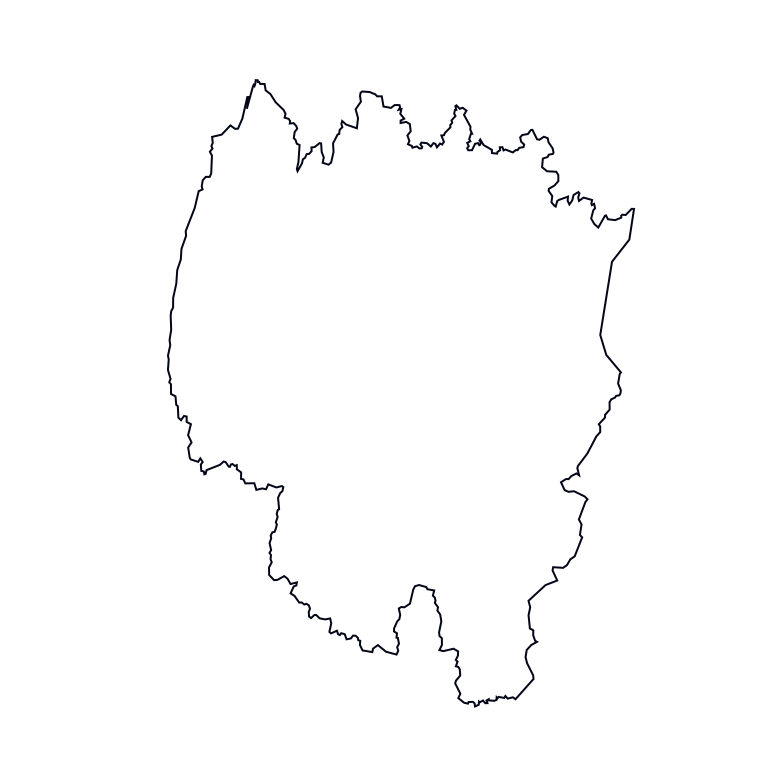 outline of Mindat, Chin, Myanmar, rotated 15°
{"feature_id": "60261553B42580025975984", "entity_name": "Mindat", "entity_type": "district", "adm_level": 2, "iso_a3": "MMR", "parent_name": "Myanmar", "parent_adm1": "Chin", "projection": "natural_earth1", "projection_center": [93.412, 21.435], "detail": "fine", "context": "isolated", "style": "outline", "palette": "ink", "viewbox_px": 768, "rotation_deg": 15, "n_neighbors": 0, "source": "geoboundaries", "source_scale": "gbopen_adm2", "svg_char_len": 6160}
<svg xmlns="http://www.w3.org/2000/svg" viewBox="0 0 768 768"><g transform="rotate(15 384 384)"><path d="M322.1,111.8L319.3,115.5L311.7,116.1L307.4,106.7L302.9,107.9L300.7,106.5L294.6,105.7L287.2,107.1L286.0,108.9L286.3,112.0L288.6,117.3L285.5,126.0L290.1,133.9L291.6,144.0L280.3,143.2L275.5,140.8L275.5,143.7L277.3,146.7L275.4,150.0L276.0,154.1L274.6,155.0L272.5,164.8L275.2,172.9L275.6,183.7L273.7,186.5L267.5,186.2L267.2,180.7L263.8,176.1L261.0,167.9L259.4,168.0L255.8,173.0L252.7,174.3L253.8,177.8L252.2,181.0L249.8,182.0L249.2,185.9L247.5,188.0L247.7,192.1L245.4,200.8L244.2,198.9L243.9,191.6L240.6,175.0L237.6,174.5L235.3,171.0L233.2,169.9L232.5,163.7L234.1,159.9L232.6,157.6L229.2,155.4L225.6,156.8L225.3,154.4L223.3,152.6L219.0,152.4L219.0,148.6L216.1,145.3L206.4,139.9L199.2,133.3L193.7,131.0L191.0,125.1L186.7,126.2L185.2,124.5L184.0,124.9L183.4,123.3L181.4,123.7L182.0,127.2L181.8,129.7L180.7,128.8L180.4,130.4L180.3,153.7L179.4,141.7L177.7,142.2L178.5,164.3L176.9,175.1L174.2,176.1L168.7,174.0L162.7,185.1L154.0,189.8L156.2,195.4L155.7,198.9L157.4,201.0L155.7,204.7L158.7,207.9L162.6,225.4L162.0,229.1L158.3,230.0L156.2,234.1L156.8,240.4L158.4,243.0L155.1,245.7L155.6,263.0L152.9,287.7L154.5,292.1L153.4,306.0L155.5,316.1L154.8,327.5L157.4,340.8L158.1,355.5L160.5,364.8L159.6,368.7L160.3,373.4L164.4,386.7L165.5,397.1L167.5,401.9L168.0,412.5L169.7,416.0L171.7,426.4L176.5,434.3L176.1,437.9L178.3,439.4L180.8,448.7L185.8,449.9L188.7,457.9L190.6,458.8L194.1,469.7L197.3,471.5L199.1,466.6L201.8,466.5L203.2,471.7L207.9,472.8L208.0,484.1L213.2,490.2L211.3,496.1L215.5,505.6L216.9,506.9L224.7,507.3L225.8,503.4L229.1,506.3L227.9,509.1L230.0,515.2L232.7,515.2L233.9,517.7L235.0,516.9L234.9,513.1L246.4,504.6L249.2,500.4L251.2,500.4L255.4,504.0L256.6,503.9L257.0,501.3L258.4,500.5L261.0,501.7L262.8,500.5L263.9,504.4L268.9,506.4L270.5,512.7L272.9,512.5L275.8,515.9L284.4,513.4L288.1,519.3L293.4,516.4L297.3,516.2L298.2,510.9L306.8,511.8L311.8,509.0L313.4,509.6L313.6,513.7L312.0,516.2L311.1,521.3L315.1,532.1L314.0,533.2L314.0,537.3L315.7,540.0L315.3,545.6L316.9,547.4L316.9,552.5L316.6,555.1L314.5,556.2L313.8,559.8L315.0,562.3L314.6,567.2L318.0,573.7L317.1,576.7L319.1,578.5L319.8,582.7L321.7,585.2L320.4,590.9L322.5,598.2L328.6,601.9L331.9,600.7L337.3,595.4L341.3,597.1L345.5,601.4L351.2,598.2L351.4,601.3L349.2,602.9L348.0,610.4L352.5,611.9L358.7,617.1L361.0,616.3L364.0,617.6L366.1,616.4L368.6,617.2L370.7,620.2L370.3,623.6L371.8,628.0L374.1,629.0L376.6,625.1L378.4,624.7L382.5,627.0L388.1,626.6L392.7,624.4L395.0,628.9L395.4,637.6L397.4,638.6L402.4,634.5L404.5,637.6L406.4,637.9L407.1,635.8L410.8,635.8L413.9,640.3L417.8,638.4L419.3,635.0L421.7,634.5L424.5,636.0L425.4,638.1L427.5,638.2L428.3,642.3L432.2,646.9L442.1,646.0L441.9,642.4L445.7,637.8L455.3,642.1L466.1,642.1L466.8,638.0L464.8,634.8L465.7,631.0L463.1,625.7L461.7,625.8L461.1,621.5L457.7,620.4L457.0,617.5L458.2,609.9L459.7,607.1L459.4,602.8L456.4,597.0L458.5,594.9L461.5,594.4L465.9,589.5L465.5,575.0L466.3,571.3L469.9,569.1L477.4,569.2L479.0,571.0L485.9,570.4L486.0,575.8L488.3,577.1L489.9,580.0L489.7,582.2L494.0,585.7L494.2,589.0L497.9,592.1L500.8,598.4L501.5,609.8L502.9,613.1L505.7,614.6L507.5,621.1L506.4,626.7L510.4,626.7L519.7,621.7L524.8,623.1L525.7,627.3L524.8,632.0L526.9,633.1L526.5,638.1L529.0,638.0L531.1,640.1L533.1,645.9L530.3,651.9L530.2,654.7L537.9,663.4L537.1,668.2L544.0,671.2L547.8,671.0L548.0,669.4L552.2,668.0L554.2,669.1L555.4,671.9L558.5,669.3L558.0,666.2L558.9,666.7L561.5,664.1L564.4,666.1L566.5,665.5L564.9,663.1L566.7,661.4L567.0,662.5L572.5,661.5L574.4,660.1L573.9,657.5L575.0,658.2L575.6,656.6L581.4,656.1L582.0,653.9L584.9,655.9L589.5,653.3L592.6,654.4L604.8,630.2L603.4,626.7L594.4,616.6L591.4,611.1L590.7,604.0L593.8,598.0L598.5,593.5L596.4,592.9L593.1,588.0L592.0,583.3L588.2,582.4L583.5,570.0L583.0,561.8L579.7,556.0L592.1,536.4L602.2,529.0L595.1,520.5L594.8,517.2L604.6,515.2L607.6,511.6L609.4,505.1L612.8,501.1L615.1,480.8L612.3,479.1L611.2,468.6L607.3,464.4L609.1,445.8L610.4,442.7L607.0,440.7L595.3,438.4L590.1,440.4L586.0,439.8L580.4,433.1L584.4,428.7L586.9,428.1L588.9,424.3L593.1,420.6L596.1,421.7L592.5,415.2L592.6,412.9L598.4,398.6L602.7,379.6L605.3,374.5L603.8,369.0L601.9,367.3L606.2,359.2L605.5,356.6L608.6,350.3L606.6,343.3L607.5,339.9L610.5,337.5L611.3,335.4L614.3,334.0L614.8,331.9L614.4,328.7L610.0,323.0L609.1,313.2L609.9,311.5L591.2,298.4L580.2,280.7L572.6,206.9L583.6,181.0L580.2,150.2L577.9,150.7L573.7,158.2L570.4,158.8L569.6,159.9L570.1,162.0L564.8,165.9L557.7,166.9L554.8,163.7L553.9,164.3L550.5,177.4L545.8,175.1L541.3,170.6L541.2,162.1L542.4,159.6L540.3,155.6L538.5,157.4L537.6,156.1L537.4,152.4L528.5,152.3L525.0,156.7L523.3,153.6L523.4,149.1L522.1,148.3L518.2,152.3L518.3,157.9L516.6,162.6L514.0,159.5L513.2,155.4L505.2,161.0L504.0,162.4L503.9,168.2L502.7,167.9L498.7,165.1L497.9,158.9L493.0,154.8L492.8,152.7L497.3,148.2L499.9,142.9L498.3,137.1L495.5,134.4L486.5,136.3L480.6,133.7L479.1,125.1L483.3,122.4L483.8,119.9L487.6,118.0L487.9,116.7L485.9,112.7L480.4,108.0L478.5,104.2L474.4,103.8L470.9,107.9L468.5,108.0L461.6,100.1L460.1,100.7L458.3,105.3L453.1,107.7L451.7,110.6L453.8,114.5L457.4,116.4L457.4,119.1L453.5,120.9L452.5,123.6L450.8,123.9L448.5,127.0L440.6,126.1L439.0,127.4L437.1,124.6L434.6,125.4L435.6,128.2L433.6,130.3L433.6,132.2L428.5,133.0L427.6,129.9L418.5,127.5L413.7,122.9L413.3,124.3L415.0,125.7L415.0,128.0L414.2,128.7L412.4,127.0L409.8,128.4L408.5,135.4L404.9,136.4L403.3,134.8L404.3,132.3L402.0,129.6L404.6,127.2L402.9,125.5L403.2,119.6L404.3,119.4L401.5,116.0L401.0,113.2L391.6,103.3L392.9,98.6L388.4,96.8L386.0,98.6L381.9,96.1L381.0,97.1L382.9,100.5L381.6,100.9L381.8,104.7L383.7,106.6L381.0,111.9L382.3,114.1L381.0,116.7L381.7,118.9L377.8,125.9L377.6,128.1L375.1,129.1L379.2,134.6L378.2,137.7L375.9,137.2L373.9,141.7L371.5,138.7L369.4,138.6L367.8,142.5L363.3,140.3L357.7,141.1L357.1,143.1L359.6,145.1L359.4,146.6L357.1,147.3L354.3,146.0L350.3,148.4L349.4,146.9L345.1,146.2L345.6,142.6L342.3,137.9L344.4,132.9L341.6,126.2L337.6,125.1L332.5,127.6L331.9,125.2L334.9,122.5L329.8,118.8L329.7,113.9L327.2,115.3L328.0,112.7L326.8,110.6L322.1,111.8Z" fill="none" stroke="#020617" stroke-width="2"/></g></svg>